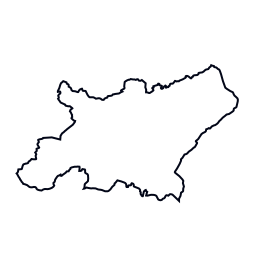 Yen Thuy, Hòa Bình, Vietnam (Natural Earth projection), rotated 275°
{"feature_id": "81297802B65575052729344", "entity_name": "Yen Thuy", "entity_type": "district", "adm_level": 2, "iso_a3": "VNM", "parent_name": "Vietnam", "parent_adm1": "Hòa Bình", "projection": "natural_earth1", "projection_center": [105.632, 20.427], "detail": "fine", "context": "isolated", "style": "outline", "palette": "ink", "viewbox_px": 256, "rotation_deg": 275, "n_neighbors": 0, "source": "geoboundaries", "source_scale": "gbopen_adm2", "svg_char_len": 5713}
<svg xmlns="http://www.w3.org/2000/svg" viewBox="0 0 256 256"><g transform="rotate(275 128 128)"><path d="M73.0,21.0L72.3,21.7L70.1,23.1L68.1,24.7L67.2,25.1L66.6,25.8L65.2,26.7L64.3,27.8L63.2,28.5L63.0,30.0L62.3,32.5L60.7,34.9L60.5,35.8L60.5,37.3L61.1,39.5L61.0,41.0L60.2,41.9L59.5,42.2L58.8,43.1L58.6,43.7L58.3,45.1L58.2,47.4L59.4,49.0L59.9,50.2L60.0,50.6L60.1,53.3L60.6,55.1L61.7,57.3L63.0,58.8L64.2,59.5L65.6,58.7L66.7,58.5L68.2,59.7L70.0,59.9L71.1,60.4L73.4,61.7L74.2,62.4L74.8,63.7L75.7,64.9L75.3,65.1L74.6,65.2L74.5,65.7L74.6,66.1L75.6,67.0L78.1,69.9L79.4,70.7L79.7,72.6L81.3,73.3L82.0,74.1L82.9,74.1L83.2,74.3L83.8,75.3L84.8,78.3L84.9,80.1L85.2,81.2L85.2,83.0L84.2,83.3L81.0,83.2L81.1,84.5L81.5,85.4L82.8,85.9L83.1,86.2L82.9,88.6L82.5,88.9L79.8,89.2L79.4,89.6L78.5,91.6L77.8,92.1L77.3,92.3L74.0,92.8L71.6,92.7L70.8,92.1L68.7,90.1L68.0,89.8L65.7,89.8L64.5,89.7L63.7,89.3L63.9,90.0L65.1,91.9L64.8,93.6L64.6,96.6L64.9,98.0L65.0,101.0L64.2,103.5L64.1,104.9L64.1,106.1L63.9,107.6L63.0,110.6L63.2,113.2L63.6,114.1L65.3,115.8L68.0,117.4L70.1,119.4L71.6,119.5L72.4,120.3L74.9,122.0L74.2,125.9L73.3,129.2L72.9,130.1L72.2,130.8L71.3,131.2L69.4,131.5L69.1,131.8L69.1,132.2L69.2,133.1L70.6,133.4L70.9,133.7L71.1,135.4L71.3,135.9L71.9,136.1L72.9,136.2L73.3,136.6L73.0,137.7L72.7,138.2L71.8,138.7L70.6,138.8L70.3,139.0L70.1,139.4L69.0,143.2L68.6,144.3L67.7,145.2L67.2,145.5L65.9,145.5L65.5,146.0L65.0,146.3L63.5,146.3L61.8,147.5L61.3,148.2L61.4,148.7L65.8,149.3L66.5,149.6L66.9,150.1L67.6,150.6L67.8,151.1L66.7,151.6L66.1,152.7L63.9,152.2L63.1,152.3L62.5,151.9L62.3,151.9L62.3,153.3L63.3,156.2L63.5,157.3L63.6,159.2L63.5,160.5L63.2,161.5L62.8,162.2L59.5,164.3L59.0,165.4L58.9,166.8L59.3,167.9L60.5,168.8L61.2,170.2L61.7,170.6L62.2,170.9L62.8,171.0L63.6,171.4L64.3,172.0L64.4,172.4L64.1,174.1L65.6,175.4L65.8,176.3L65.6,177.8L65.2,178.5L59.8,185.2L62.0,185.0L64.9,186.2L68.2,186.5L69.6,188.2L70.1,188.4L72.4,188.3L74.6,188.8L77.9,187.5L80.1,187.7L81.4,186.8L84.5,183.4L87.5,178.9L88.1,178.5L88.6,178.6L91.9,180.4L96.8,182.6L100.1,183.7L101.4,183.5L103.1,184.9L106.5,186.6L107.1,188.2L107.8,189.2L109.7,190.6L111.8,193.1L114.2,195.2L114.6,196.0L115.5,196.6L118.8,198.1L119.2,198.1L119.5,197.9L120.5,196.8L121.0,196.8L123.1,198.9L128.3,201.7L129.4,202.9L130.9,205.3L131.5,205.7L131.9,205.9L133.5,206.0L134.2,207.6L134.9,208.4L134.9,208.8L134.6,209.6L135.3,210.3L136.8,211.3L138.0,213.2L138.5,214.6L139.7,216.1L140.9,217.2L143.1,218.5L143.9,219.4L146.6,221.5L148.8,223.9L150.0,225.0L150.8,227.5L153.1,230.3L154.1,231.4L154.7,231.7L156.0,231.7L156.4,231.8L156.9,232.2L157.9,233.8L158.4,234.2L164.0,235.0L165.7,235.0L167.0,234.5L168.2,233.1L169.6,231.2L170.9,230.3L172.0,229.8L172.8,229.2L173.7,226.7L175.7,222.9L176.7,221.4L183.0,218.5L189.7,216.0L192.8,214.6L194.1,213.8L194.8,212.1L195.6,211.3L196.0,210.6L196.2,208.7L196.5,208.4L197.2,208.2L197.5,206.3L197.8,205.4L196.5,205.0L195.2,203.6L194.4,203.3L193.7,202.8L193.0,200.6L192.1,199.5L191.0,198.6L189.9,197.2L189.1,193.8L188.8,193.5L187.7,193.4L186.8,192.3L186.3,189.5L185.9,188.6L185.7,188.4L184.8,188.2L184.2,187.2L183.1,186.8L183.0,186.1L184.5,183.9L185.0,182.7L185.0,181.9L184.8,181.2L184.4,180.9L183.5,181.2L183.0,180.8L181.2,178.2L179.7,175.2L179.0,174.6L178.8,172.7L178.6,172.1L179.0,171.1L179.0,170.7L177.3,169.7L176.1,168.7L175.9,166.8L175.4,166.1L173.6,165.7L173.2,164.8L172.3,164.6L172.2,164.4L172.1,163.2L171.6,162.7L171.6,162.3L172.8,162.2L173.3,162.0L173.5,161.5L172.9,161.0L172.4,160.3L170.7,159.5L170.1,158.7L170.0,157.9L170.5,157.4L170.8,157.3L172.7,158.1L173.0,157.7L173.3,156.0L173.7,155.6L174.4,155.5L174.7,155.2L174.8,154.3L174.4,154.0L173.9,154.2L173.6,154.1L171.8,149.6L171.6,149.6L171.1,150.0L170.6,150.0L170.1,148.8L169.8,148.7L168.6,149.7L167.7,150.0L166.8,149.2L164.8,146.6L164.7,145.9L165.2,143.9L165.1,142.9L165.8,142.8L167.6,142.8L170.1,141.7L174.1,141.7L177.0,137.6L176.2,136.5L176.1,135.5L176.2,134.7L177.4,133.6L177.3,132.7L176.6,131.6L176.9,130.4L176.8,128.7L177.0,126.4L176.2,125.3L176.1,124.3L175.3,122.8L174.1,121.2L173.5,120.7L169.2,120.6L167.8,121.0L167.2,121.0L166.9,120.8L165.1,118.1L164.7,117.8L164.3,118.0L163.7,119.1L162.8,117.5L161.6,116.0L160.7,111.9L160.4,111.3L160.2,110.1L159.1,109.3L158.8,108.8L158.5,107.8L158.1,105.4L157.6,104.9L156.5,104.7L156.1,103.6L155.5,102.5L155.2,102.1L154.0,101.4L153.8,100.7L153.9,99.5L154.8,98.2L155.1,97.0L155.0,95.7L154.4,93.5L155.2,91.9L155.6,90.6L155.3,87.2L155.8,86.2L157.6,84.7L161.1,82.6L161.2,82.2L161.1,79.9L161.4,79.5L163.1,78.8L163.0,78.2L162.1,76.7L161.0,75.9L159.5,75.3L159.4,75.1L159.4,74.5L160.0,72.2L160.0,69.6L160.9,68.4L162.5,67.8L163.2,67.1L164.0,65.3L165.8,65.1L166.3,64.6L166.8,63.2L168.1,62.7L169.0,59.4L168.0,58.6L167.1,57.6L166.6,57.3L165.2,56.8L161.8,56.1L158.6,54.9L157.9,55.0L158.3,56.5L158.3,57.2L158.0,57.4L157.3,57.6L156.5,57.5L155.5,56.4L154.3,55.7L153.9,55.7L153.0,56.2L152.4,56.4L151.6,56.3L151.1,55.8L150.3,56.3L149.1,57.4L147.5,58.7L145.8,63.4L145.1,63.6L144.8,64.0L144.4,66.7L144.6,67.4L144.6,68.2L142.9,70.8L142.7,70.9L141.9,69.9L140.8,69.0L139.5,68.7L138.8,69.5L136.9,70.6L136.1,71.2L135.2,71.1L134.1,71.5L132.9,70.8L132.6,70.9L131.0,73.0L130.6,73.7L130.4,74.7L129.3,74.5L126.5,72.8L121.5,67.4L120.4,66.4L119.5,65.4L118.3,64.4L116.9,62.8L114.3,61.5L110.6,61.5L112.0,52.9L110.7,44.3L110.1,44.0L109.6,43.0L109.0,40.8L108.4,39.6L108.0,39.6L106.6,40.3L106.1,40.4L104.6,39.4L103.9,39.2L103.2,39.5L100.8,41.2L100.5,41.1L99.4,38.9L99.2,38.7L97.3,39.1L95.5,37.7L93.9,38.9L92.2,38.4L89.4,39.2L89.1,39.2L88.9,39.0L88.7,38.1L88.6,36.2L88.7,34.6L87.0,33.4L86.0,32.1L85.2,31.7L84.6,31.6L84.4,31.4L83.8,30.2L83.7,29.4L82.7,27.1L82.3,26.8L80.8,26.3L78.0,25.8L77.7,25.3L77.2,22.4L74.8,22.2L73.8,21.7L73.0,21.0Z" fill="none" stroke="#020617" stroke-width="2"/></g></svg>